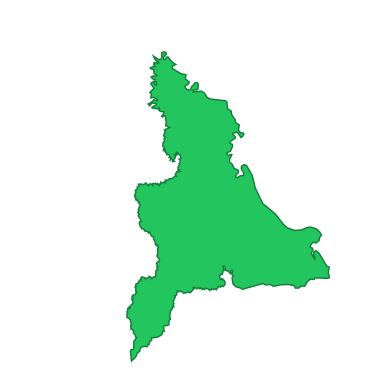 outline of Selaphum, Roi Et, Thailand, rotated 162°
{"feature_id": "78962969B97010447332872", "entity_name": "Selaphum", "entity_type": "district", "adm_level": 2, "iso_a3": "THA", "parent_name": "Thailand", "parent_adm1": "Roi Et", "projection": "robinson", "projection_center": [104.072, 16.013], "detail": "fine", "context": "isolated", "style": "filled", "palette": "green", "viewbox_px": 384, "rotation_deg": 162, "n_neighbors": 0, "source": "geoboundaries", "source_scale": "gbopen_adm2", "svg_char_len": 6021}
<svg xmlns="http://www.w3.org/2000/svg" viewBox="0 0 384 384"><g transform="rotate(162 192 192)"><path d="M180.4,327.7L183.0,328.5L186.6,333.0L186.0,328.5L183.6,326.0L183.8,324.8L185.1,324.8L185.5,325.8L188.0,326.8L189.1,325.2L188.0,323.1L193.3,323.1L193.1,322.0L190.5,320.2L191.4,316.5L189.3,313.7L190.4,313.1L192.9,314.4L195.3,314.0L194.7,312.1L192.2,310.0L193.1,308.4L191.9,307.7L192.5,304.6L193.7,305.0L194.4,309.0L197.4,308.1L197.7,307.4L196.0,302.4L201.3,299.8L200.3,297.6L202.1,294.2L199.8,294.0L196.9,291.8L196.6,289.6L199.9,291.5L202.1,290.1L206.5,289.2L205.7,287.1L202.4,289.0L198.9,287.5L198.6,286.8L199.4,285.7L203.7,285.2L204.0,284.3L199.2,281.8L197.4,282.3L197.2,281.2L198.2,280.2L197.3,278.5L193.9,277.0L195.3,274.6L197.5,273.5L196.6,272.4L195.5,273.5L193.9,272.6L194.9,266.4L196.5,263.4L193.3,260.3L199.0,259.6L199.0,257.4L201.7,254.3L200.5,252.0L202.2,251.2L202.4,248.9L204.4,247.7L205.6,244.2L204.3,243.0L206.2,241.2L206.1,240.1L205.6,239.7L204.8,240.9L204.3,239.4L205.0,239.0L205.0,237.7L203.9,236.5L204.5,235.3L202.3,234.7L202.1,233.0L203.1,231.9L201.4,231.2L202.8,229.2L201.5,229.6L200.8,228.0L201.1,226.9L199.3,226.5L200.0,227.7L196.8,230.3L197.3,232.9L196.1,232.9L196.3,231.8L194.8,232.0L195.2,233.4L194.3,234.6L193.3,233.4L193.8,232.3L193.0,232.5L192.0,231.4L192.0,227.4L194.1,227.1L193.6,226.1L194.2,223.4L195.6,223.0L195.4,222.0L197.7,219.8L198.0,218.3L197.0,216.0L198.5,217.0L198.6,214.9L200.2,216.0L202.3,214.1L201.7,210.9L202.8,212.6L206.2,211.0L210.1,211.5L211.3,210.7L213.7,211.5L213.4,210.6L214.9,209.1L215.3,210.2L217.1,209.8L218.5,211.0L219.3,209.2L220.9,209.8L221.0,208.3L222.5,209.8L222.4,210.7L223.6,210.7L223.9,211.6L225.7,211.5L226.4,212.3L227.4,211.7L227.5,210.6L228.2,212.1L229.7,212.8L231.2,212.3L230.9,211.7L231.6,211.4L233.1,213.6L232.6,213.9L233.1,214.9L234.6,214.2L237.1,214.4L238.3,215.5L240.6,215.9L240.1,214.3L242.5,213.7L243.2,211.6L245.4,211.1L245.5,209.0L247.7,206.5L247.0,205.4L247.9,204.7L247.4,202.9L248.0,202.1L247.2,201.2L246.1,201.4L246.3,198.9L245.7,198.9L246.1,198.1L245.0,196.2L248.2,192.2L248.0,191.1L248.6,191.2L249.9,188.6L249.1,186.9L250.5,186.0L249.2,181.0L249.6,179.6L250.8,179.9L251.8,178.8L251.9,176.6L251.2,172.5L249.4,172.0L249.0,169.5L246.7,168.5L245.9,166.4L244.8,167.2L244.2,162.8L242.6,161.0L243.1,159.5L242.4,154.1L243.2,153.7L242.5,152.4L241.1,151.9L241.7,151.0L240.9,150.1L242.2,148.7L243.9,143.1L245.3,142.1L243.7,137.8L245.3,135.8L246.6,136.2L248.0,134.8L247.5,133.0L248.2,132.0L247.6,131.6L248.9,130.6L248.8,128.5L250.5,128.5L252.4,123.5L253.5,122.6L254.6,123.2L257.1,122.0L257.5,123.2L257.9,122.6L257.5,123.8L258.8,125.1L259.4,124.0L261.7,123.8L262.7,124.5L263.1,123.7L263.5,124.9L265.8,126.8L267.3,125.8L267.4,124.1L268.4,124.7L269.0,123.8L270.5,123.5L271.6,121.8L273.7,121.8L274.8,119.8L274.4,119.3L275.5,118.9L275.2,117.6L276.1,115.7L275.4,113.5L276.6,113.5L277.4,112.1L280.7,112.0L280.7,110.6L281.4,110.6L281.3,109.7L281.7,110.2L282.5,107.6L281.9,106.8L282.3,104.6L286.2,102.5L286.5,101.1L287.6,100.5L287.7,101.8L289.3,100.9L289.7,99.0L291.0,98.0L290.5,96.6L291.7,95.8L292.6,92.6L291.2,91.8L290.2,89.0L290.6,84.5L291.2,84.6L292.0,83.1L291.8,81.2L292.5,80.6L291.6,80.4L290.5,77.9L291.3,76.2L290.1,73.1L290.5,71.6L289.6,70.6L293.5,67.9L295.9,60.9L296.7,60.2L298.6,61.0L299.7,59.8L301.8,50.0L296.6,52.4L294.1,55.4L290.7,56.8L290.2,58.5L288.2,60.1L285.0,60.0L282.4,58.7L280.8,60.4L279.9,60.3L279.0,62.4L276.0,63.7L275.7,65.8L269.8,64.6L265.7,65.3L263.8,66.5L263.1,68.4L261.5,68.2L260.6,73.3L255.1,72.7L253.6,76.8L251.7,77.8L251.7,80.2L249.8,84.4L248.1,86.5L246.8,87.0L246.0,88.7L244.6,88.5L245.0,90.2L243.6,91.5L244.0,92.9L243.4,94.2L240.2,97.4L240.5,98.6L238.3,98.9L238.0,100.6L237.4,101.5L236.3,101.3L236.3,102.2L232.5,100.6L231.3,98.3L225.6,97.8L224.8,96.7L219.9,99.4L220.5,100.6L219.0,100.6L217.2,98.4L215.2,99.1L214.7,97.7L213.5,98.1L213.1,96.9L211.8,97.0L212.0,96.2L210.2,96.2L210.1,95.4L208.6,96.1L206.9,95.2L205.6,93.0L205.0,93.7L203.7,93.1L202.9,94.0L202.2,93.0L199.7,92.6L199.2,91.5L195.8,94.1L194.5,92.8L192.9,93.7L191.6,92.5L189.6,93.4L188.4,96.0L188.9,98.4L189.9,99.2L189.5,100.6L190.4,99.5L190.9,100.3L192.0,100.2L192.0,102.5L191.0,104.4L189.6,105.1L188.6,104.4L186.6,107.7L185.5,107.6L185.8,110.0L185.4,111.6L184.7,111.7L184.0,111.2L184.0,106.9L181.9,105.3L180.8,102.6L180.3,102.6L179.6,105.0L178.2,105.6L177.9,103.5L179.7,101.9L178.7,99.6L180.4,97.9L181.4,91.8L179.4,88.2L174.8,85.2L174.3,83.9L152.9,83.1L150.7,80.9L146.0,79.8L143.6,77.1L136.1,76.3L129.4,74.4L123.7,71.4L123.4,68.7L120.2,67.7L117.3,68.8L113.9,67.6L109.9,71.2L106.4,72.6L102.9,71.1L101.8,72.2L100.2,71.9L90.0,68.1L87.8,68.0L87.3,73.4L84.7,78.2L86.8,80.0L90.1,94.6L92.1,97.7L94.4,97.5L95.9,94.8L95.2,91.0L96.0,90.3L97.6,96.8L94.8,99.6L94.9,101.4L96.6,103.0L95.2,105.2L92.4,106.8L89.6,105.2L86.1,106.6L84.9,109.2L82.2,111.0L82.9,114.6L85.3,118.6L90.0,122.0L93.6,122.6L99.4,122.0L106.5,123.8L112.2,128.3L115.0,132.8L119.5,145.3L128.3,159.1L130.6,176.3L129.6,189.1L132.0,200.4L134.1,202.0L137.0,201.0L138.0,198.5L136.8,193.6L137.7,191.9L141.4,192.4L144.6,191.7L145.6,192.4L145.3,194.1L141.9,196.3L141.2,197.8L142.1,199.4L144.7,201.2L145.1,205.8L147.1,209.1L146.0,211.7L142.6,215.1L143.3,215.7L146.3,215.5L146.9,216.5L146.6,218.5L142.8,219.0L139.1,223.2L139.0,224.9L140.8,226.7L140.7,228.0L134.1,229.9L133.9,231.5L135.4,234.0L134.9,235.2L130.4,234.9L128.6,228.7L126.5,229.3L124.7,231.1L125.1,232.2L127.6,233.5L128.5,235.4L128.4,237.3L126.3,241.0L129.3,244.8L128.6,247.5L130.4,253.3L129.7,256.8L132.4,260.1L131.0,267.1L132.1,268.5L146.4,275.0L148.4,277.4L149.7,282.4L151.8,284.9L159.9,286.9L159.2,288.7L155.9,287.7L154.6,288.1L152.9,291.7L153.1,294.4L155.8,294.9L157.1,293.5L159.7,292.3L162.0,289.6L163.8,289.9L165.5,291.8L166.2,293.5L165.7,295.0L161.8,295.9L160.7,297.3L163.4,301.8L161.5,305.5L165.5,307.5L172.2,315.1L172.3,316.8L171.4,318.0L168.0,318.3L170.5,321.3L173.1,327.8L174.5,328.2L176.4,326.2L177.7,326.5L177.4,329.0L173.7,331.1L173.9,333.2L175.6,334.0L177.9,333.6L179.2,328.8L180.4,327.7Z" fill="#22c55e" stroke="#15803d" stroke-width="1.5"/></g></svg>